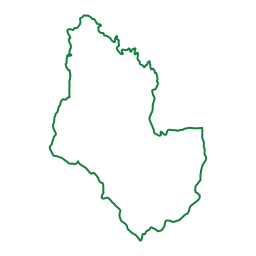 the Province of Sakon Nakhon
{"feature_id": "THA-447", "entity_name": "Sakon Nakhon", "entity_type": "Province", "adm_level": 1, "iso_a3": "THA", "parent_name": "Thailand", "parent_adm1": "", "projection": "equal_earth", "projection_center": [103.778, 17.422], "detail": "fine", "context": "isolated", "style": "outline", "palette": "green", "viewbox_px": 256, "rotation_deg": 0, "n_neighbors": 0, "source": "natural_earth", "source_scale": "10m", "svg_char_len": 5688}
<svg xmlns="http://www.w3.org/2000/svg" viewBox="0 0 256 256"><path d="M72.5,30.0L72.9,30.0L73.4,29.7L74.1,28.8L75.1,28.0L76.6,28.0L77.1,27.8L77.7,27.3L78.7,26.1L79.7,24.7L80.4,23.1L80.4,21.9L80.0,19.0L80.2,18.5L80.5,18.1L82.1,17.3L82.6,16.9L83.5,15.7L83.9,15.5L84.3,15.4L85.6,15.7L87.4,15.6L88.4,15.8L91.0,17.5L91.6,18.1L91.8,18.5L92.2,18.8L92.7,19.1L93.7,19.0L94.2,19.2L94.6,19.6L97.0,23.5L97.3,23.8L97.8,24.1L100.0,24.4L100.5,24.7L100.7,25.0L100.9,25.3L100.8,25.7L100.1,26.2L99.0,26.6L98.5,27.0L98.3,28.0L98.6,30.4L98.7,31.0L99.0,31.5L100.5,32.7L101.1,33.0L102.6,33.0L103.3,33.2L103.7,33.6L103.8,34.7L104.1,35.2L104.7,35.6L106.4,35.8L107.2,36.1L107.8,36.4L108.4,37.1L109.6,37.6L110.2,38.2L111.2,39.7L112.4,41.0L113.3,41.7L114.2,42.1L114.6,42.0L114.8,41.6L115.1,39.2L115.3,38.1L115.6,37.5L116.0,36.9L116.7,36.2L117.1,36.3L117.2,36.7L116.8,38.3L116.9,38.9L117.3,39.4L118.4,39.9L118.7,40.5L118.9,41.0L118.6,42.0L118.5,42.6L118.6,43.2L119.1,45.1L119.0,45.6L118.8,46.0L117.4,47.0L117.1,47.3L116.9,47.8L116.9,48.9L117.3,49.8L117.8,50.5L120.2,53.3L121.4,54.0L122.1,54.1L122.6,54.0L122.7,53.6L122.7,53.1L121.9,51.4L121.8,50.9L121.8,50.3L122.4,49.7L123.3,49.7L125.9,50.2L126.6,50.2L127.3,49.8L128.7,48.5L129.1,48.5L129.4,48.7L129.7,49.1L129.9,50.3L130.1,50.9L130.6,51.5L131.0,51.6L131.3,51.4L131.9,50.1L132.3,49.6L133.0,49.1L134.2,48.5L134.9,48.4L135.4,48.6L135.5,49.0L134.9,50.8L134.6,52.6L134.7,53.7L135.2,54.3L135.6,54.3L136.6,53.2L137.2,52.7L137.6,52.8L137.8,53.1L138.0,54.3L137.9,55.5L137.5,57.7L137.6,58.9L137.7,59.4L138.2,60.2L139.5,61.3L139.7,61.7L139.7,63.5L140.1,64.1L140.8,64.6L142.5,65.3L143.2,65.9L143.7,66.5L144.1,67.2L144.4,67.2L144.6,67.0L145.6,65.5L147.2,64.7L147.4,64.2L147.6,62.5L149.5,61.4L150.2,64.2L150.4,67.2L150.8,68.5L151.1,69.3L151.5,69.4L151.9,69.2L152.7,68.8L153.0,68.7L153.3,68.9L154.4,70.4L154.7,71.8L154.9,72.8L155.2,73.0L156.0,72.9L156.4,73.4L156.7,74.4L157.0,76.6L157.4,77.7L157.5,78.6L157.5,79.4L157.0,80.5L156.9,81.3L157.2,82.0L157.7,82.4L158.0,82.8L158.1,83.5L156.2,88.1L155.7,88.7L155.3,89.2L154.4,89.6L152.8,89.8L152.4,90.1L152.2,90.6L152.2,91.3L153.1,95.1L153.4,95.6L153.9,96.4L154.4,97.5L154.5,98.1L154.5,99.1L154.2,100.2L153.4,102.6L152.9,104.4L152.7,107.2L152.7,108.6L152.4,110.8L149.7,117.2L149.4,118.4L149.5,119.6L153.7,129.8L154.1,131.8L154.4,132.6L154.8,133.3L155.8,134.2L157.5,134.6L158.7,135.5L159.7,135.7L160.2,135.6L160.6,135.2L160.9,134.8L160.9,134.2L160.6,132.5L160.6,132.1L160.9,131.8L161.3,131.9L162.1,132.4L163.4,133.8L164.2,134.4L164.8,134.7L165.7,134.8L166.0,134.5L166.3,134.1L167.1,131.7L167.5,130.7L168.2,130.0L168.7,129.8L169.2,129.7L172.6,130.2L175.0,130.2L177.6,130.7L178.1,130.7L179.5,130.2L182.8,129.8L184.5,128.7L185.0,128.6L186.7,128.4L188.6,127.9L190.3,127.8L194.9,128.4L201.7,128.0L202.1,128.0L202.3,129.1L202.4,131.0L202.2,135.7L202.5,139.1L203.5,141.0L203.8,142.1L203.9,143.0L203.8,145.7L203.8,146.6L204.0,147.4L204.5,148.4L204.7,149.7L204.6,153.0L204.6,153.8L205.0,155.0L205.9,157.0L206.2,158.5L205.7,160.4L204.5,162.1L203.8,163.1L203.0,164.4L202.5,165.4L201.0,170.9L200.4,175.8L200.5,179.0L200.4,179.8L200.0,180.7L198.1,183.0L196.9,184.7L196.2,185.3L195.8,186.1L195.4,187.3L195.2,190.2L195.4,191.4L195.7,192.2L197.3,193.1L199.7,195.3L199.7,195.8L199.6,198.0L198.2,200.1L190.5,206.0L189.8,207.5L188.7,211.4L187.8,213.3L187.0,213.9L186.0,214.2L184.3,215.4L179.4,220.1L173.9,221.8L172.1,221.8L170.2,220.8L169.1,220.6L166.7,220.5L166.1,220.7L165.6,221.3L165.0,222.8L164.6,225.5L164.1,226.8L162.8,228.8L161.4,230.4L157.7,231.3L155.7,229.4L153.2,228.4L151.9,227.5L151.2,227.4L150.7,227.6L149.6,229.4L148.4,230.2L147.1,230.8L146.0,231.8L145.3,233.5L144.9,234.1L144.3,234.1L143.6,233.9L143.1,234.0L142.7,234.4L142.4,235.6L141.6,239.3L141.0,240.4L140.5,240.6L140.0,240.5L138.9,238.7L137.3,236.9L136.0,235.2L132.1,233.0L128.0,229.3L127.5,228.4L126.9,226.0L126.4,225.0L125.2,223.7L121.8,221.3L121.4,220.9L120.6,219.5L120.2,218.5L119.7,216.7L119.5,214.7L119.7,213.4L120.2,211.7L120.3,211.0L120.3,210.3L119.9,209.6L119.1,208.7L115.7,205.8L114.6,204.4L112.0,202.0L110.8,200.4L109.0,198.6L107.9,197.9L107.1,197.6L106.1,197.9L104.4,198.5L103.3,198.6L102.6,198.4L102.1,198.1L101.8,197.6L101.7,197.1L101.9,195.8L102.5,194.2L103.4,193.5L103.3,186.0L103.0,184.2L102.6,183.1L102.2,182.9L101.1,182.7L100.4,182.3L99.6,181.6L97.8,177.5L96.5,175.6L94.7,173.6L94.0,173.1L93.4,172.9L92.4,173.2L91.6,173.7L90.9,173.5L90.0,172.8L86.6,168.7L85.1,167.4L81.1,165.0L79.6,163.8L78.9,163.0L78.2,161.6L77.2,162.7L76.6,163.4L75.9,163.8L75.0,164.1L74.1,164.1L72.4,163.5L71.1,163.8L70.2,163.8L69.3,163.5L61.8,157.9L59.4,157.2L57.8,156.5L56.9,156.2L53.9,155.7L53.3,155.4L52.9,155.0L52.2,153.1L50.6,150.2L49.9,147.9L49.8,147.2L49.9,146.6L50.4,145.8L51.3,144.8L51.8,144.1L52.3,141.8L53.2,139.4L53.6,137.9L53.9,136.9L54.4,136.2L55.4,135.2L55.8,134.5L55.9,133.7L55.7,133.1L53.8,129.2L53.3,127.5L53.0,126.5L53.0,125.7L53.2,124.6L53.9,122.6L54.2,120.9L54.4,117.7L55.2,115.9L55.6,114.1L55.8,113.7L57.5,111.8L57.7,111.3L58.7,107.0L58.9,106.6L60.0,105.2L60.6,102.4L61.4,100.7L62.3,99.7L63.1,99.3L63.9,99.3L65.1,99.7L66.0,99.5L66.3,99.3L67.1,98.2L67.8,97.6L68.6,97.4L69.4,97.3L69.6,96.9L69.4,95.3L69.4,92.9L69.3,88.9L69.6,85.6L69.3,82.0L69.4,80.9L70.3,77.1L70.3,74.8L70.0,72.4L69.5,70.3L69.1,70.2L68.7,70.2L68.1,69.7L67.3,68.8L66.1,66.2L65.8,65.0L65.7,64.1L66.5,62.9L66.7,59.0L67.2,57.7L67.1,56.4L67.2,55.8L67.4,55.4L68.0,55.0L68.3,55.1L68.8,55.8L69.1,56.0L71.2,55.3L71.3,55.0L71.1,54.7L69.5,53.7L69.3,53.2L69.3,52.6L69.5,52.1L69.9,50.0L70.9,47.6L70.8,45.1L69.8,43.2L69.0,40.8L68.9,39.7L69.0,39.0L69.8,38.5L70.2,38.1L70.2,37.7L69.8,36.4L68.5,34.3L67.6,32.0L67.4,30.9L67.5,30.2L68.5,29.3L69.9,29.1L71.3,29.4L72.5,30.0Z" fill="none" stroke="#15803d" stroke-width="2"/></svg>